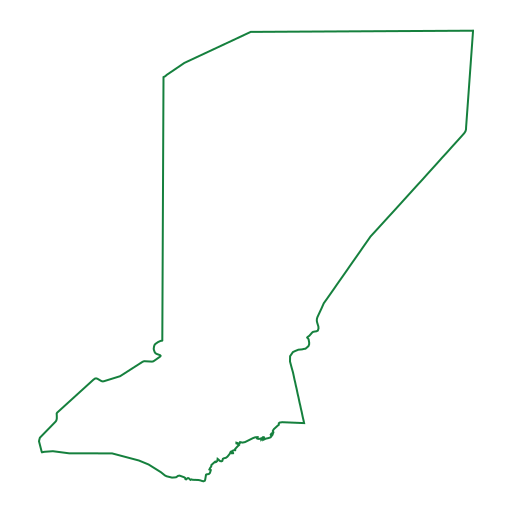 map outline of Diffa (orthographic projection)
{"feature_id": "NER-796", "entity_name": "Diffa", "entity_type": "Department", "adm_level": 1, "iso_a3": "NER", "parent_name": "Niger", "parent_adm1": "", "projection": "orthographic", "projection_center": [13.155, 15.532], "detail": "fine", "context": "isolated", "style": "outline", "palette": "green", "viewbox_px": 512, "rotation_deg": 0, "n_neighbors": 0, "source": "natural_earth", "source_scale": "10m", "svg_char_len": 3694}
<svg xmlns="http://www.w3.org/2000/svg" viewBox="0 0 512 512"><path d="M304.1,423.1L282.2,422.2L279.6,422.6L278.8,423.3L278.8,424.8L277.5,425.8L273.9,429.1L273.3,430.0L272.8,430.9L272.8,431.2L273.3,431.9L273.4,432.4L273.1,433.1L272.6,433.3L272.0,433.2L271.6,433.4L270.7,434.6L270.9,435.1L272.2,435.2L270.6,437.3L268.4,438.1L266.0,438.6L263.7,439.6L264.0,438.9L264.2,438.0L264.0,437.3L263.1,437.1L262.6,437.5L262.0,439.0L261.3,439.6L261.3,438.7L261.3,438.3L259.8,438.8L258.2,438.9L257.2,438.5L257.7,437.7L257.7,437.1L255.2,437.3L253.0,438.1L245.0,442.1L242.5,442.6L240.1,442.1L239.7,443.5L238.9,443.6L237.8,443.1L236.4,442.7L236.4,443.4L237.1,443.6L237.7,443.9L238.3,444.5L238.9,445.2L237.7,446.2L235.2,448.9L235.2,449.2L235.3,449.9L235.2,450.2L234.2,450.1L233.6,450.4L232.4,450.8L232.1,451.1L232.5,452.2L233.1,452.9L233.1,453.2L231.8,453.3L231.6,453.0L231.1,452.4L230.6,452.0L230.4,452.4L229.7,453.9L227.4,456.7L225.9,457.8L223.9,458.3L222.9,458.8L222.3,460.9L221.5,461.3L220.1,461.1L219.3,460.4L218.5,459.6L217.6,458.9L217.4,460.4L217.3,460.9L216.7,461.5L216.1,462.0L215.4,462.2L215.1,461.7L214.7,462.0L211.4,465.0L211.2,466.5L210.0,468.2L209.4,469.5L210.8,470.1L210.2,472.1L209.8,473.1L209.0,473.9L208.4,474.1L206.4,474.4L206.0,474.8L205.2,479.6L204.8,480.7L203.5,481.3L202.1,481.0L200.4,480.4L198.4,480.0L195.9,479.9L192.8,479.8L191.4,479.4L190.5,479.9L189.9,479.4L189.2,478.6L188.3,478.1L187.5,478.2L186.9,478.7L186.5,479.2L186.2,479.4L185.5,479.2L185.3,478.9L185.3,478.4L185.0,477.8L184.0,477.2L179.5,475.6L178.0,475.9L176.2,477.2L174.9,477.4L172.0,477.6L166.7,476.3L165.0,475.5L160.9,472.2L148.6,464.5L138.9,460.5L112.1,453.4L69.0,453.3L52.9,451.2L44.4,451.8L42.0,452.3L41.7,451.8L39.0,441.3L39.3,439.8L39.9,437.7L55.4,421.8L56.1,420.9L56.4,420.2L56.6,419.5L56.8,418.4L56.8,416.0L56.7,414.1L56.7,413.4L57.2,412.6L93.4,379.7L95.1,378.5L96.3,378.4L97.5,378.8L101.1,380.9L102.1,381.3L102.9,381.4L104.0,381.2L120.1,376.2L142.4,361.9L143.5,361.4L144.4,361.2L151.6,361.6L152.9,361.5L154.0,360.9L160.0,356.7L160.6,355.9L160.1,355.2L156.6,353.9L155.6,353.3L154.9,352.5L154.5,351.6L154.0,350.2L153.7,348.9L154.0,346.7L154.3,345.6L154.8,344.5L155.7,343.7L158.0,342.1L160.6,340.9L162.1,340.7L162.3,340.5L163.5,77.1L165.3,76.2L166.7,74.9L184.4,62.9L250.7,31.9L472.3,30.7L473.0,30.7L473.0,31.5L472.7,35.7L472.4,39.8L472.1,44.0L471.8,48.1L471.5,52.3L471.2,56.4L470.9,60.6L470.6,64.8L470.3,68.9L470.0,73.1L469.7,77.2L469.4,81.4L469.1,85.5L468.8,89.7L468.5,93.9L468.2,98.0L467.9,102.2L467.6,106.3L467.3,110.5L467.0,114.6L466.7,118.8L466.4,123.0L466.1,127.1L466.0,129.4L465.7,130.5L465.4,131.4L464.3,133.1L461.4,136.4L456.6,141.7L451.7,147.1L446.9,152.5L442.0,157.8L437.2,163.2L432.4,168.5L427.5,173.9L422.7,179.3L417.8,184.6L412.9,190.0L408.1,195.3L403.2,200.7L398.4,206.0L393.5,211.4L388.6,216.7L383.7,222.1L380.4,225.7L375.3,231.3L370.5,236.5L368.0,240.1L365.4,243.8L362.8,247.5L360.2,251.3L357.6,255.0L355.0,258.7L352.4,262.4L349.8,266.1L347.2,269.9L344.6,273.6L342.0,277.3L339.4,281.0L336.8,284.7L334.2,288.5L331.6,292.2L329.0,295.9L326.4,299.6L323.8,303.2L321.6,308.2L318.7,314.4L317.4,317.2L316.9,318.9L316.8,320.9L317.2,322.7L318.4,326.6L318.5,328.5L317.8,330.6L316.4,331.3L314.8,331.5L313.0,331.9L312.1,332.6L309.3,335.8L307.6,337.0L307.2,337.5L307.4,337.9L308.3,338.8L308.6,339.3L309.2,342.8L309.1,344.5L308.4,346.2L305.5,348.7L304.0,348.9L302.0,349.4L298.4,349.7L295.2,351.0L292.9,352.1L290.1,356.2L290.0,361.5L291.7,367.9L293.0,372.5L293.9,376.7L294.5,379.6L295.2,382.5L295.8,385.4L296.5,388.3L297.1,391.2L297.7,394.1L298.4,397.0L299.0,399.9L299.6,402.8L300.3,405.7L300.9,408.6L301.6,411.5L302.2,414.4L302.8,417.3L303.5,420.2L304.1,423.1Z" fill="none" stroke="#15803d" stroke-width="2"/></svg>